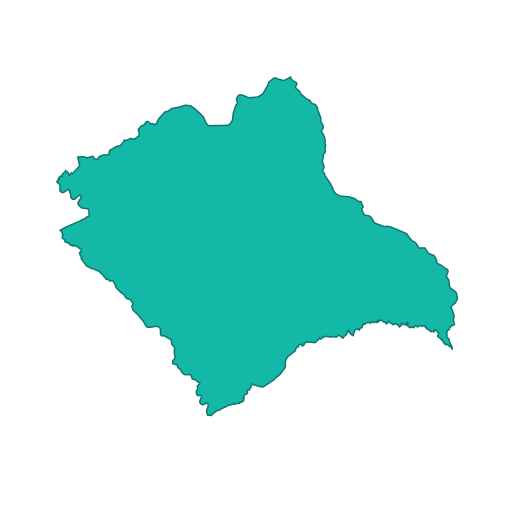 Mae Rim, Chiang Mai, Thailand, rotated 154°
{"feature_id": "78962969B91444782882973", "entity_name": "Mae Rim", "entity_type": "district", "adm_level": 2, "iso_a3": "THA", "parent_name": "Thailand", "parent_adm1": "Chiang Mai", "projection": "albers", "projection_center": [98.889, 18.954], "detail": "fine", "context": "isolated", "style": "filled", "palette": "teal", "viewbox_px": 512, "rotation_deg": 154, "n_neighbors": 0, "source": "geoboundaries", "source_scale": "gbopen_adm2", "svg_char_len": 6139}
<svg xmlns="http://www.w3.org/2000/svg" viewBox="0 0 512 512"><g transform="rotate(154 256 256)"><path d="M247.2,416.7L249.2,419.8L253.2,422.4L261.3,423.8L266.6,425.5L271.8,424.7L274.6,425.4L283.1,422.0L288.3,418.1L289.5,418.6L291.2,420.5L292.7,421.0L294.3,424.4L295.8,424.8L296.7,424.5L298.6,422.9L301.2,423.2L303.9,422.5L304.6,421.8L306.2,421.7L307.5,416.5L308.7,415.4L314.0,414.3L317.0,416.5L322.7,416.9L323.8,418.0L324.7,416.8L329.4,414.7L333.4,415.6L340.7,415.1L341.7,414.5L343.6,411.8L344.3,412.2L345.4,411.8L348.2,413.6L352.9,414.1L353.8,413.9L355.4,412.3L357.6,413.4L358.6,414.5L358.8,416.9L359.3,417.4L364.7,418.1L366.6,420.2L370.5,422.4L373.0,423.0L374.9,414.3L385.1,410.4L385.6,411.7L388.3,410.5L388.5,414.2L389.7,415.6L389.7,416.1L390.7,415.3L392.4,415.1L394.8,414.0L395.7,412.4L396.5,412.5L396.9,413.5L399.0,412.7L399.2,410.8L400.3,411.5L402.6,409.8L401.1,406.5L401.9,403.7L403.6,401.0L403.2,399.2L402.4,398.1L401.2,397.4L396.4,398.2L395.1,397.8L395.6,393.1L396.7,389.6L396.1,387.6L394.3,386.5L389.2,387.9L387.6,387.8L386.9,387.1L387.0,386.1L388.3,384.5L390.3,383.6L392.8,381.6L393.3,379.8L391.6,375.6L386.3,372.0L386.1,370.4L388.5,365.1L392.2,365.1L394.7,364.3L396.4,365.0L398.4,364.6L414.2,365.3L420.7,365.1L419.8,361.6L420.6,360.2L420.0,359.5L422.3,357.6L420.6,353.9L421.5,352.7L419.6,350.7L419.5,350.0L418.5,349.6L418.0,346.9L417.1,346.8L416.4,345.4L415.1,345.9L415.1,345.0L413.5,344.1L413.0,343.0L411.9,342.4L411.7,340.5L410.0,338.6L410.7,337.3L413.3,336.2L413.7,333.1L413.2,331.7L414.3,330.4L412.8,321.7L409.5,317.1L407.1,315.3L405.8,313.1L403.5,310.9L403.5,310.0L401.8,305.6L401.6,303.6L401.0,303.0L400.9,300.6L399.2,299.8L398.2,297.5L395.6,296.7L395.0,292.3L395.5,290.7L395.1,290.2L395.7,289.2L393.6,282.8L391.5,279.1L391.4,275.8L390.3,273.8L388.4,272.4L387.5,268.8L387.5,266.8L389.3,265.6L389.8,264.7L390.2,261.0L388.0,255.3L385.9,246.7L385.6,241.4L384.9,239.7L383.5,238.7L375.9,236.3L374.5,234.7L373.8,232.7L376.2,227.2L376.1,226.0L375.5,225.4L373.6,224.6L369.3,218.4L369.2,217.1L370.4,213.2L369.2,209.6L371.9,204.7L373.2,200.1L374.0,199.3L376.4,198.5L378.1,195.8L374.7,192.6L375.0,189.6L373.5,186.6L373.7,184.2L372.7,181.4L371.9,180.5L366.8,178.0L367.1,173.3L364.3,170.7L363.5,168.2L362.1,166.7L362.8,165.5L365.0,165.2L365.9,164.6L366.7,162.0L368.8,160.7L369.5,159.6L369.9,157.3L369.5,155.9L366.9,155.2L366.3,153.9L370.1,150.2L370.6,149.2L370.5,147.3L369.1,145.6L365.2,145.5L364.3,145.0L364.0,144.1L364.7,142.1L368.3,138.7L369.3,134.2L366.0,132.2L364.5,133.0L359.8,133.9L359.4,134.5L356.8,133.5L354.0,133.9L348.2,133.7L346.3,134.1L344.3,133.2L341.5,133.2L340.4,132.1L336.8,131.7L336.5,131.1L335.4,130.8L335.0,131.5L333.9,131.7L333.5,131.0L331.6,131.0L330.0,132.0L329.9,133.6L329.0,133.6L328.8,134.7L327.3,136.1L324.3,136.2L323.5,136.9L322.8,138.9L320.4,138.6L319.5,139.9L318.3,139.9L317.8,140.9L315.5,142.8L314.9,141.6L308.9,136.2L306.8,135.2L294.0,136.9L291.2,138.0L286.6,138.9L278.9,142.8L277.6,144.5L276.4,147.5L274.7,149.5L271.7,151.6L262.6,153.5L260.1,155.7L258.6,156.3L257.6,155.8L257.0,157.0L256.1,157.6L254.7,157.1L254.0,156.0L254.1,155.4L253.3,154.7L251.8,155.1L251.3,156.1L250.9,155.8L250.4,156.4L249.2,156.6L245.4,155.2L241.0,152.2L236.5,153.4L236.3,153.9L234.7,154.7L234.8,153.7L233.5,152.7L231.5,153.9L230.9,153.3L229.1,153.6L224.4,150.4L221.5,149.5L219.8,148.0L218.1,147.9L217.2,148.6L216.3,148.5L215.1,146.8L214.4,144.6L213.7,144.1L211.7,145.3L209.3,145.7L207.1,147.8L205.3,148.6L205.1,147.8L205.8,147.5L205.8,147.0L205.3,146.0L205.0,143.8L203.4,141.8L202.7,143.1L199.4,146.1L197.7,146.5L197.2,145.8L195.5,145.2L195.8,144.2L195.4,144.1L194.1,145.5L192.0,145.1L191.4,146.5L189.6,147.2L189.3,148.1L188.0,146.9L186.0,147.6L183.5,146.6L182.5,145.4L181.1,146.3L179.6,144.7L178.1,144.6L176.2,143.1L174.2,143.5L174.4,144.0L175.3,144.3L174.9,144.8L173.5,143.8L171.3,143.5L171.2,142.6L170.4,141.8L169.9,140.3L168.7,139.9L168.8,137.9L167.3,137.9L165.6,139.3L165.1,139.0L164.5,136.5L163.7,136.0L162.9,134.1L160.2,134.2L159.2,132.2L158.3,131.5L158.2,129.4L155.3,130.0L154.9,131.6L153.4,130.9L153.3,129.7L152.6,129.1L151.0,129.1L149.4,130.4L148.7,128.8L148.9,128.3L150.9,127.9L149.1,124.1L147.4,124.4L146.7,123.1L145.3,122.4L143.7,123.4L142.3,123.1L142.0,121.4L140.5,121.7L138.6,121.4L138.0,120.2L135.5,119.8L134.9,119.0L135.0,117.4L134.1,117.3L134.4,115.6L132.6,113.2L132.3,111.5L130.8,111.0L129.2,109.7L127.9,111.5L127.0,111.1L125.8,107.5L127.0,104.4L127.8,104.5L127.5,102.6L126.3,101.3L126.2,99.4L125.1,99.5L125.5,96.2L124.8,93.9L123.6,92.7L122.7,92.6L122.1,90.7L120.3,88.2L120.7,87.5L120.4,86.5L119.9,87.1L119.7,89.3L119.8,93.7L119.0,96.2L120.0,100.2L119.0,101.0L118.4,102.8L116.9,105.0L114.4,105.3L113.3,106.7L110.5,107.5L107.7,107.3L106.7,112.0L104.0,115.4L103.0,125.1L97.2,126.5L93.5,129.5L92.3,134.1L92.2,136.0L95.5,142.5L95.1,144.8L93.3,149.7L93.8,154.3L90.2,157.9L89.7,159.0L90.0,160.2L91.5,162.1L93.5,166.3L96.5,170.1L96.6,171.2L95.8,172.1L95.5,174.1L95.8,178.4L100.0,182.9L100.7,189.2L106.3,191.9L106.2,194.0L106.7,197.2L107.4,199.1L108.5,200.3L109.7,203.4L110.9,210.1L121.7,222.6L124.8,225.1L127.5,225.9L135.0,233.7L135.5,239.8L136.1,241.3L136.7,242.4L140.5,245.2L140.7,246.2L140.8,250.3L140.3,251.6L138.2,253.2L137.8,258.9L139.8,259.9L142.3,264.5L146.2,268.3L153.9,272.8L156.5,275.9L157.3,278.2L157.7,280.6L157.3,283.6L157.4,288.5L158.9,298.4L158.2,300.0L159.1,303.1L155.6,306.2L155.2,311.2L154.5,312.4L150.7,317.8L147.9,319.1L146.8,322.7L145.5,323.9L144.7,325.7L144.7,327.7L143.2,329.3L142.2,333.7L142.6,339.5L140.0,341.2L138.7,342.9L138.5,345.6L138.9,348.0L137.0,352.2L137.4,353.2L136.8,354.7L137.4,355.7L136.7,356.6L136.7,359.8L135.7,362.0L136.3,366.1L139.1,369.0L139.4,372.3L141.7,375.0L144.6,381.8L144.8,385.4L146.3,388.5L146.6,390.5L144.0,392.6L143.5,393.6L146.0,397.4L146.8,399.6L146.5,401.6L153.4,401.4L154.3,401.7L159.2,405.8L160.3,407.4L161.9,408.1L168.3,406.6L171.1,403.9L178.8,398.7L184.7,398.1L192.1,401.0L193.8,402.0L196.7,405.6L198.7,407.3L200.1,408.0L201.6,408.0L204.7,405.8L205.8,401.3L208.3,400.0L213.9,394.3L217.1,389.1L218.8,387.5L221.6,386.1L223.9,385.7L241.5,393.9L242.6,396.8L242.3,403.8L244.0,409.2L247.2,416.7Z" fill="#14b8a6" stroke="#0f766e" stroke-width="1.5"/></g></svg>